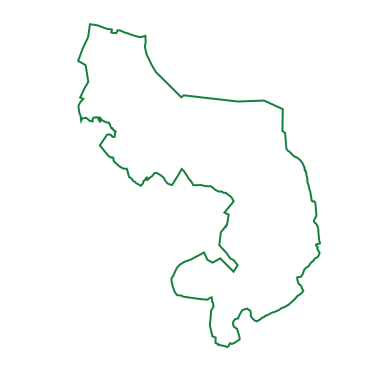 Fufore, Adamawa, Nigeria (Mercator projection), rotated 281°
{"feature_id": "59680162B6607126567740", "entity_name": "Fufore", "entity_type": "district", "adm_level": 2, "iso_a3": "NGA", "parent_name": "Nigeria", "parent_adm1": "Adamawa", "projection": "mercator", "projection_center": [12.553, 9.248], "detail": "fine", "context": "isolated", "style": "outline", "palette": "green", "viewbox_px": 384, "rotation_deg": 281, "n_neighbors": 0, "source": "geoboundaries", "source_scale": "gbopen_adm2", "svg_char_len": 4573}
<svg xmlns="http://www.w3.org/2000/svg" viewBox="0 0 384 384"><g transform="rotate(281 192 192)"><path d="M198.9,192.0L200.6,200.0L200.5,201.3L200.3,203.3L200.6,205.6L201.2,209.8L198.4,214.9L198.4,215.0L197.5,218.4L198.2,220.9L197.3,223.0L197.6,225.6L195.9,228.5L195.8,228.9L195.6,229.8L194.0,232.1L190.7,234.7L180.5,229.1L178.0,227.8L176.8,232.3L169.8,232.6L166.0,232.5L165.5,231.9L165.1,232.1L164.8,232.0L165.1,231.7L163.1,230.7L161.7,230.0L159.8,229.0L157.9,228.0L145.0,228.9L138.6,237.6L134.3,241.9L132.9,246.2L128.8,250.8L121.7,248.0L132.2,232.4L126.6,225.7L128.4,220.1L135.0,215.3L132.7,212.7L132.5,212.4L130.8,210.4L128.8,207.8L127.5,206.2L125.6,203.9L124.2,201.6L122.9,199.3L121.6,197.3L120.9,196.6L120.0,195.7L118.4,194.0L116.4,192.7L114.8,191.7L111.2,190.7L106.6,189.7L103.3,188.4L99.7,189.1L98.4,190.1L96.1,190.7L94.9,191.5L94.1,192.0L93.1,192.7L90.8,194.0L89.1,195.6L88.7,196.2L87.9,197.0L88.3,201.5L87.6,203.5L88.5,221.5L88.6,222.2L89.3,227.7L91.4,229.8L92.3,231.3L89.9,232.4L88.5,232.5L87.2,233.7L83.8,235.0L79.1,233.4L76.0,233.8L64.1,235.1L54.7,239.4L54.3,239.5L53.6,243.0L48.4,243.8L47.8,246.5L47.1,246.6L47.1,247.2L47.0,248.8L47.0,251.6L46.9,253.9L46.9,254.5L46.7,254.8L46.5,256.2L47.7,257.2L48.6,257.6L48.8,257.6L50.8,258.2L50.5,259.2L50.6,260.4L52.1,262.6L56.4,266.9L59.3,266.0L66.3,262.3L67.9,258.6L70.4,257.4L72.6,257.3L74.9,258.2L76.0,259.5L76.6,261.4L79.4,261.8L81.9,262.6L85.5,263.8L87.3,266.8L88.1,268.5L87.5,269.4L86.6,271.8L84.7,272.8L81.5,273.3L79.8,275.1L77.8,277.9L77.5,280.4L79.6,282.9L82.1,284.9L83.0,286.7L84.5,287.5L85.1,289.0L87.0,291.3L89.0,293.9L89.4,294.7L90.0,295.9L91.3,297.8L92.9,300.1L93.3,300.5L94.9,301.8L96.2,304.1L100.1,308.7L101.1,309.3L104.0,311.6L107.2,313.8L107.3,313.9L109.9,315.2L111.5,316.9L114.2,319.2L116.4,320.1L117.7,318.9L119.1,317.8L120.1,317.5L121.3,316.3L122.0,314.4L125.0,312.6L126.6,312.0L128.3,311.6L129.6,315.2L133.1,316.5L136.8,316.9L139.6,318.6L141.2,320.5L145.1,322.1L148.1,324.6L150.3,325.4L151.2,326.8L153.0,328.2L155.4,328.8L157.0,328.7L157.6,327.9L158.8,327.0L160.4,325.7L162.0,325.8L162.4,324.7L164.0,323.8L166.0,327.4L168.9,326.1L171.1,325.4L176.4,323.8L179.0,323.2L181.3,322.2L182.3,321.9L183.3,321.0L184.7,319.7L185.5,318.0L187.2,317.1L192.5,318.6L195.1,317.9L198.7,317.0L199.7,316.6L202.0,316.0L204.3,315.3L204.6,315.2L205.7,314.6L206.2,313.2L205.8,312.4L205.8,311.9L206.3,311.2L209.0,310.2L213.0,308.7L215.0,308.0L217.4,306.5L220.7,305.2L222.4,304.2L223.9,303.2L226.6,302.9L230.1,301.2L232.6,300.4L234.6,299.4L234.5,298.8L236.1,298.0L236.8,298.2L239.4,296.4L241.7,294.7L243.0,293.4L244.3,291.5L245.3,289.8L245.9,288.2L246.3,286.2L247.6,283.6L249.6,281.0L250.9,278.1L252.5,276.4L267.7,272.1L267.8,271.6L268.2,271.0L269.1,269.1L290.7,265.3L295.5,245.1L289.6,220.0L287.4,192.4L285.7,170.3L285.3,165.4L282.9,163.5L283.4,162.8L297.5,141.7L302.4,134.3L302.8,133.7L308.5,128.6L309.6,127.8L318.6,121.0L321.2,119.9L323.1,119.1L325.9,117.9L330.5,117.9L336.4,116.4L334.3,112.4L334.1,109.6L334.4,106.4L334.6,103.9L335.2,100.0L335.5,99.2L335.5,98.2L335.5,97.2L335.8,94.9L336.5,92.3L336.8,90.3L336.5,88.0L333.5,87.4L333.2,84.6L333.2,82.3L336.1,82.4L336.2,80.5L335.9,78.2L336.5,73.6L337.5,68.0L337.5,67.9L337.5,65.4L337.2,59.8L324.5,60.5L311.6,57.3L299.0,55.2L296.2,63.4L280.3,69.2L273.6,66.8L268.0,65.4L264.7,64.6L263.4,64.2L262.7,67.5L261.5,66.9L259.1,65.3L255.6,64.3L253.8,64.3L250.5,65.5L248.2,66.3L245.3,68.3L242.5,69.0L240.8,69.6L243.4,70.4L244.6,73.7L243.5,76.2L242.3,78.0L242.3,81.0L244.6,80.5L246.1,81.1L246.5,82.5L247.2,83.5L247.1,85.0L246.2,85.9L247.4,86.5L247.4,87.3L247.1,87.9L245.9,87.1L244.3,87.2L243.8,87.9L243.6,88.4L245.4,88.8L245.8,89.4L244.9,90.8L243.9,96.1L244.2,97.4L239.2,100.6L239.0,101.4L239.3,101.8L237.3,103.6L237.2,105.2L236.4,105.6L235.5,105.1L233.3,105.4L231.5,105.5L230.9,103.6L232.9,101.0L232.2,97.8L220.2,92.6L212.3,102.1L211.3,103.6L210.4,105.6L210.7,106.3L210.9,107.3L210.1,108.4L209.1,108.7L208.0,108.9L207.0,109.8L204.9,113.2L203.7,115.1L202.7,117.4L201.8,120.7L202.1,122.0L202.4,123.6L194.7,127.4L194.1,129.5L192.8,131.0L191.6,132.1L191.4,133.1L191.1,134.0L190.5,134.8L189.9,135.7L189.6,136.8L189.1,138.4L188.3,140.5L189.1,141.0L191.2,142.3L193.7,142.4L194.7,143.7L196.9,144.1L197.6,145.1L196.7,145.8L196.2,145.3L196.1,145.0L195.8,145.0L195.2,145.8L195.8,146.4L198.2,148.1L199.9,149.8L203.5,151.7L204.0,153.8L202.3,158.4L200.7,161.3L198.7,163.0L197.7,164.0L195.8,166.2L195.4,167.8L195.1,168.9L195.1,171.1L206.3,175.4L212.6,177.5L211.0,180.0L206.3,184.7L204.6,185.9L202.7,188.7L201.5,189.8L199.9,191.2L198.9,192.0Z" fill="none" stroke="#15803d" stroke-width="2"/></g></svg>